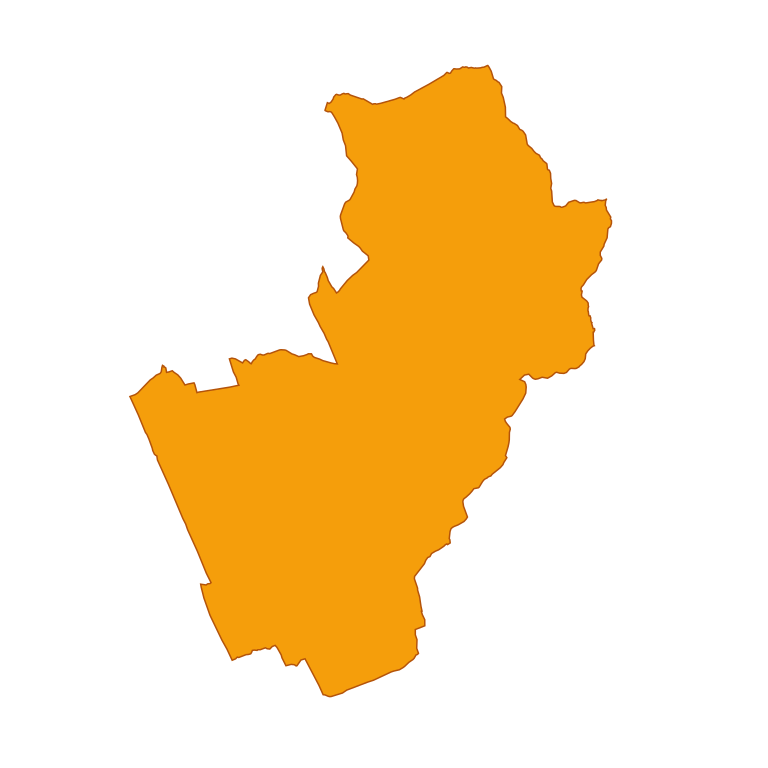 Margaritesti, Buzau, Romania, rotated 80°
{"feature_id": "2599482B16167443688776", "entity_name": "Margaritesti", "entity_type": "district", "adm_level": 2, "iso_a3": "ROU", "parent_name": "Romania", "parent_adm1": "Buzau", "projection": "robinson", "projection_center": [26.823, 45.435], "detail": "fine", "context": "isolated", "style": "filled", "palette": "amber", "viewbox_px": 768, "rotation_deg": 80, "n_neighbors": 0, "source": "geoboundaries", "source_scale": "gbopen_adm2", "svg_char_len": 6127}
<svg xmlns="http://www.w3.org/2000/svg" viewBox="0 0 768 768"><g transform="rotate(80 384 384)"><path d="M352.2,636.4L371.8,631.3L390.4,627.3L392.6,626.2L397.7,625.0L406.9,623.4L409.4,623.3L413.2,622.3L414.6,621.2L415.3,620.2L419.5,620.3L445.4,613.7L481.7,605.4L487.5,603.6L493.4,602.7L516.4,596.8L539.6,591.8L549.6,588.8L550.3,589.9L550.2,592.4L551.0,594.1L549.3,599.3L552.3,599.3L563.5,598.5L581.6,595.5L608.0,588.1L617.8,584.7L629.7,581.5L628.9,577.9L627.5,575.9L628.1,574.5L626.6,566.8L626.8,564.6L626.6,562.2L625.6,561.2L623.5,559.9L623.5,558.1L624.3,555.2L623.8,554.5L624.2,552.0L623.2,546.6L624.4,545.1L625.2,542.5L623.1,539.6L622.5,536.6L624.9,535.1L632.9,532.3L636.0,532.0L644.4,529.5L644.0,524.1L644.9,521.0L646.4,519.5L646.3,518.6L641.4,513.7L640.9,509.5L669.5,500.4L679.4,497.9L680.0,496.0L681.9,493.1L682.5,491.6L682.6,490.2L681.1,478.5L679.0,473.9L674.8,452.1L673.9,445.8L668.9,427.4L668.4,424.3L668.1,418.5L666.6,414.5L665.7,412.7L662.4,407.8L660.4,403.4L659.4,402.0L656.4,399.5L656.1,397.9L655.2,396.8L650.0,397.7L641.5,395.9L636.5,396.7L631.2,395.8L629.2,385.8L623.2,384.8L617.8,386.3L614.3,386.7L614.3,386.0L609.5,386.2L599.8,385.9L592.7,386.7L590.9,386.4L581.1,387.9L578.8,387.3L568.0,375.4L564.9,373.5L562.5,371.1L561.9,368.7L559.2,366.6L557.6,362.5L556.8,359.0L554.1,353.1L553.0,351.6L552.4,349.9L553.2,349.3L552.0,346.4L548.8,346.2L547.6,346.6L540.8,344.6L538.2,343.2L537.1,341.5L536.4,339.4L535.6,335.5L533.3,329.1L531.3,326.5L529.5,324.9L518.3,326.9L513.6,326.8L512.2,326.3L510.9,325.3L509.7,322.9L507.1,318.8L504.8,315.9L502.7,313.7L502.6,309.1L502.1,308.2L497.3,304.0L495.8,302.3L495.0,300.8L494.5,298.9L493.5,297.3L493.1,294.7L491.6,293.1L486.6,284.0L484.1,280.9L482.2,279.7L477.9,275.8L475.6,276.8L467.1,272.6L463.6,271.2L460.7,270.3L453.5,268.9L450.4,267.5L448.6,267.5L444.1,270.0L441.8,271.0L439.4,271.3L438.0,268.2L437.8,264.5L437.3,263.3L434.0,259.8L422.8,249.7L417.6,246.0L411.7,244.5L409.1,244.4L406.2,245.1L403.1,249.5L399.6,244.1L399.5,240.1L399.5,239.7L404.0,236.6L405.0,235.3L405.6,234.1L405.6,231.5L404.8,227.1L406.7,221.9L405.1,217.3L402.6,213.3L402.4,212.0L403.8,209.2L404.8,205.0L404.3,202.3L401.6,199.0L401.2,198.0L401.1,197.0L402.0,193.2L402.0,191.8L401.0,189.0L399.9,187.7L399.1,186.1L396.7,183.2L394.0,181.4L389.4,180.1L386.7,177.5L384.5,174.5L383.0,171.6L382.8,170.2L382.0,170.5L377.0,170.1L369.3,169.0L369.2,168.3L368.2,167.7L367.8,167.2L366.2,167.0L365.9,167.2L365.9,168.4L360.5,169.0L359.7,168.5L358.8,169.2L356.5,169.3L354.7,168.9L352.6,169.3L352.6,170.1L351.7,170.4L347.8,170.2L347.4,170.5L344.5,169.8L343.4,169.1L342.0,169.2L339.7,168.9L337.5,169.9L332.8,174.0L330.5,174.1L326.9,172.7L326.5,173.6L324.1,173.4L322.6,172.5L321.0,170.4L316.3,166.2L312.3,160.5L310.5,156.9L309.6,155.7L308.9,155.1L302.9,151.8L299.6,148.1L298.1,147.7L294.8,148.7L291.6,148.1L286.5,143.6L284.5,142.9L278.8,138.9L270.2,136.6L269.1,135.5L268.4,133.7L265.3,132.1L262.7,131.6L260.7,132.4L259.0,131.7L251.3,134.7L248.8,134.5L246.5,135.1L242.2,133.9L240.2,132.5L241.1,133.9L241.3,137.8L240.8,138.3L240.8,139.1L239.8,141.4L240.3,142.2L240.9,145.1L240.7,154.1L239.9,155.3L239.7,156.1L239.8,158.8L239.4,159.9L236.6,163.1L236.2,164.7L237.1,170.6L240.2,174.2L240.9,178.0L240.7,178.8L239.7,180.0L239.0,183.6L238.6,184.8L237.9,185.5L234.0,186.6L223.1,185.4L220.3,185.8L215.6,184.1L210.5,184.1L205.4,183.4L202.2,184.1L201.7,185.1L200.9,185.7L195.8,185.4L195.2,185.5L191.8,188.5L189.8,189.3L188.4,190.5L185.7,191.2L183.2,194.3L181.1,195.8L177.6,197.6L174.1,200.6L172.6,201.3L163.3,201.3L159.3,203.1L158.0,204.3L156.8,206.1L152.6,207.7L150.0,210.5L149.5,211.5L147.5,213.6L143.9,216.2L142.0,217.9L132.5,216.4L122.5,216.8L117.9,217.8L111.6,216.4L107.0,218.3L105.9,219.7L104.7,220.5L103.0,222.8L102.3,223.2L94.6,224.1L90.3,225.5L88.4,226.4L88.3,226.8L89.3,230.4L89.2,232.5L89.4,234.1L89.0,238.1L88.6,238.9L88.7,240.1L87.4,243.1L87.5,246.0L86.5,246.9L85.9,248.3L86.1,249.7L85.4,251.5L86.8,254.8L86.4,258.0L85.7,260.1L85.7,260.6L87.4,262.8L89.4,264.6L89.4,266.0L88.3,267.3L88.1,268.1L90.5,271.5L96.5,287.4L101.7,303.1L104.0,307.5L105.6,311.8L106.1,314.0L106.8,314.8L104.6,318.1L104.6,318.9L105.5,323.7L107.0,338.4L107.1,342.8L106.5,343.8L106.3,345.5L106.6,346.6L99.6,354.9L99.5,356.3L93.6,367.0L91.8,368.8L91.6,372.0L90.8,373.0L91.1,374.9L91.9,377.0L91.5,378.6L90.5,380.4L90.7,381.3L92.7,383.7L94.6,384.7L97.2,387.2L98.2,389.3L97.1,390.9L104.2,394.6L104.7,394.3L106.2,391.9L106.3,390.2L106.7,389.1L107.9,388.2L112.4,386.4L119.1,384.1L129.6,381.7L136.5,381.7L142.6,380.5L152.8,381.2L158.4,377.8L167.5,372.8L173.0,374.7L175.8,374.4L179.1,374.7L181.9,375.4L184.1,376.3L186.9,378.7L189.8,380.1L196.3,385.3L196.9,386.2L198.3,390.2L199.9,391.6L209.8,397.3L211.2,397.9L213.4,398.1L224.6,397.3L226.1,397.0L228.5,395.3L231.3,394.0L232.4,393.8L233.8,394.3L239.8,389.3L244.0,385.1L245.6,384.0L249.4,382.2L255.0,377.3L259.3,377.4L269.5,391.6L271.6,396.0L275.7,402.2L282.9,410.6L284.0,411.4L285.4,413.3L286.1,415.0L281.2,417.0L279.3,418.5L272.4,421.0L269.3,421.3L264.2,422.5L262.9,423.1L260.2,423.2L257.9,423.9L258.5,424.4L259.7,424.9L262.9,424.8L266.0,427.8L273.3,431.1L276.4,431.5L281.4,433.8L282.0,434.7L282.5,437.8L283.3,440.8L286.0,443.4L292.5,443.4L303.8,440.9L312.2,437.9L316.2,436.9L323.6,434.2L330.0,432.7L332.5,431.7L356.1,426.5L355.4,429.2L354.2,432.2L351.3,438.2L350.4,440.1L348.3,443.1L345.8,447.8L344.3,449.3L341.7,450.2L341.1,453.3L341.6,454.7L342.2,458.4L342.2,463.2L339.7,466.9L338.4,469.4L333.9,474.5L333.3,475.7L332.4,479.3L332.3,480.9L334.2,491.2L333.7,492.6L333.7,493.4L334.6,497.1L334.4,498.5L333.2,500.7L333.3,502.8L334.7,504.5L336.9,506.4L337.8,508.2L339.2,509.8L341.0,511.2L340.7,511.8L338.5,513.5L336.1,515.9L336.4,517.3L338.7,519.6L333.5,525.9L332.1,529.3L332.4,531.9L346.0,530.2L351.7,528.4L358.5,527.7L360.0,527.1L360.3,536.5L359.8,567.7L360.0,569.7L351.8,570.4L349.9,570.9L350.0,576.7L350.4,580.2L342.9,583.2L339.2,585.5L336.1,588.7L334.2,590.2L334.8,594.1L334.8,596.1L330.3,596.1L329.1,597.2L329.1,597.7L328.3,597.6L327.2,598.9L329.2,599.9L333.2,601.2L334.7,602.6L335.7,606.7L338.0,610.4L339.4,613.5L350.0,628.0L351.3,631.0L352.2,636.4Z" fill="#f59e0b" stroke="#b45309" stroke-width="1.5"/></g></svg>